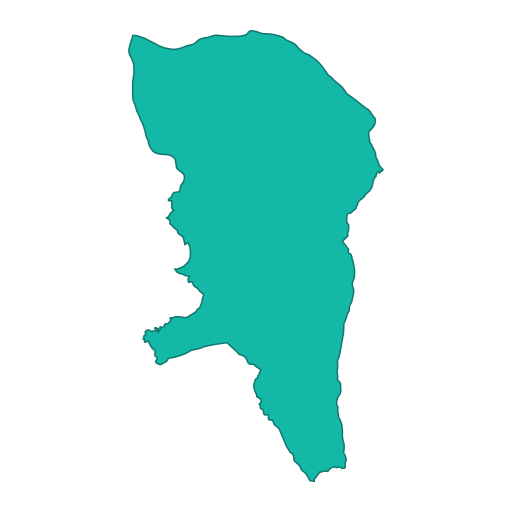 Gonzalez, Cesar, Colombia (orthographic projection)
{"feature_id": "7082276B53963329065475", "entity_name": "Gonzalez", "entity_type": "district", "adm_level": 2, "iso_a3": "COL", "parent_name": "Colombia", "parent_adm1": "Cesar", "projection": "orthographic", "projection_center": [-73.381, 8.394], "detail": "fine", "context": "isolated", "style": "filled", "palette": "teal", "viewbox_px": 512, "rotation_deg": 0, "n_neighbors": 0, "source": "geoboundaries", "source_scale": "gbopen_adm2", "svg_char_len": 6058}
<svg xmlns="http://www.w3.org/2000/svg" viewBox="0 0 512 512"><path d="M352.9,260.7L352.1,259.2L351.9,256.8L350.7,254.1L349.0,253.4L348.3,252.1L348.5,249.4L342.4,241.1L346.3,237.7L347.8,235.7L347.6,233.7L348.7,229.0L348.7,225.6L348.6,225.0L347.0,222.4L346.6,220.5L346.6,218.9L347.2,214.5L347.5,214.0L348.2,213.5L348.9,213.2L350.4,213.1L351.7,212.3L352.7,211.1L355.3,209.2L356.0,208.3L356.2,206.6L357.1,205.5L357.6,204.2L357.6,202.7L360.2,199.9L363.8,197.1L365.9,194.0L369.8,190.7L372.0,187.0L373.3,180.9L374.7,177.5L376.0,176.2L375.7,175.7L376.3,175.1L376.8,172.7L379.2,171.2L379.6,171.9L379.5,172.9L383.1,169.7L380.3,166.8L378.9,164.8L377.8,161.1L375.7,156.3L375.6,153.8L374.7,150.9L372.7,147.3L371.4,144.3L369.9,142.5L368.7,134.7L368.9,131.7L373.1,127.2L374.9,124.0L375.4,119.7L374.9,118.2L373.1,116.1L370.3,111.9L368.2,109.6L364.8,107.4L353.1,98.1L346.6,93.6L344.2,89.9L341.8,86.8L335.4,81.5L331.1,77.1L328.3,75.1L322.1,66.4L318.4,62.1L315.8,59.8L309.1,54.9L304.4,53.1L298.8,48.5L295.5,44.6L292.5,42.7L286.2,40.0L282.9,37.2L279.6,36.1L274.8,34.8L270.0,34.0L264.9,33.8L261.5,33.4L256.7,31.7L253.3,30.9L251.5,30.7L250.4,30.9L249.0,31.7L246.7,34.3L244.4,35.3L241.2,36.0L238.0,36.3L229.6,36.4L215.8,35.2L212.9,35.8L207.5,37.5L204.0,37.9L199.3,39.5L193.4,44.3L186.8,45.8L182.2,47.7L179.6,48.4L176.4,49.2L172.8,49.4L164.7,48.0L158.6,45.7L156.3,44.3L144.8,38.4L138.1,36.1L135.5,35.5L132.8,35.4L129.6,46.4L129.0,49.0L128.9,51.8L129.6,54.7L132.4,60.0L133.9,64.7L133.9,69.2L134.2,72.2L133.2,78.1L132.7,82.4L132.7,94.8L133.0,99.8L135.2,105.6L136.9,111.2L139.2,116.0L140.7,120.0L142.3,122.8L143.9,127.4L145.1,131.3L146.5,137.4L148.4,141.0L148.6,143.5L149.5,146.1L152.1,150.3L154.1,152.1L155.7,153.0L160.5,154.2L167.6,154.7L170.5,155.3L174.4,158.0L175.4,160.4L176.6,167.6L177.2,168.9L180.6,171.6L181.7,172.3L183.7,174.4L184.2,175.4L184.4,177.4L184.2,179.6L183.4,182.1L182.3,183.2L180.4,186.5L180.2,188.6L179.6,191.3L178.2,192.0L174.3,192.4L173.0,193.4L171.2,197.4L169.3,198.5L168.5,199.4L168.4,199.9L168.5,200.5L169.1,200.7L171.6,200.7L171.9,201.1L171.7,206.7L171.8,207.8L172.8,210.0L173.7,210.7L170.6,212.9L169.4,215.2L168.1,216.9L166.5,217.9L167.3,218.6L168.7,219.0L169.1,219.4L169.9,221.0L170.0,223.3L170.4,224.4L172.2,225.4L173.4,227.3L175.0,228.4L176.0,229.5L177.0,229.8L177.3,230.2L177.7,232.5L178.3,233.5L180.2,235.0L180.8,235.2L181.3,235.1L181.8,236.0L183.5,237.9L183.7,239.6L185.0,244.6L187.8,242.6L188.8,244.2L189.8,246.7L190.5,251.6L190.2,257.1L188.9,261.2L183.8,266.3L177.8,269.0L174.9,269.1L176.7,271.8L179.1,273.3L182.6,274.1L184.7,275.3L189.4,276.5L188.9,277.8L188.1,278.6L188.2,281.4L189.0,282.4L190.7,281.6L192.3,282.4L192.9,283.5L193.4,284.9L194.4,286.4L197.1,288.0L198.2,289.1L200.1,291.6L202.7,293.6L203.4,294.5L203.6,295.3L202.6,298.1L202.3,300.1L201.3,303.7L200.2,306.6L199.5,307.8L197.2,309.6L196.2,311.3L195.3,312.2L188.5,316.5L186.8,317.4L184.8,317.7L179.4,316.7L176.7,317.0L175.8,316.6L172.5,317.9L170.6,317.7L170.0,318.2L171.2,319.7L168.2,323.6L165.0,324.0L164.3,325.2L164.3,326.6L162.5,327.6L160.4,326.8L159.9,327.2L159.8,327.9L160.4,329.0L159.0,331.1L158.6,332.1L158.2,332.4L157.9,331.2L158.3,328.8L157.0,328.2L155.3,327.7L154.6,328.1L154.9,328.7L156.5,329.8L155.1,331.1L153.8,330.9L151.2,331.6L150.0,330.4L148.7,330.0L147.1,330.1L145.3,331.5L145.3,333.0L145.7,333.8L145.7,334.4L143.8,336.1L144.0,337.9L143.1,338.9L144.3,339.4L144.7,339.8L144.4,341.7L144.6,342.1L145.4,342.1L146.3,342.0L147.7,340.7L148.5,340.9L149.0,342.8L151.0,346.6L152.5,348.6L154.9,350.5L155.2,352.5L154.8,354.3L154.9,355.6L155.2,356.0L156.8,357.3L157.2,358.4L157.1,359.2L155.9,360.7L155.7,361.9L156.6,363.2L158.2,364.0L159.4,364.2L159.9,364.6L161.5,364.3L163.7,362.7L164.9,362.4L166.8,361.0L167.7,359.9L168.4,358.3L175.1,357.1L181.4,355.2L187.2,352.7L191.4,350.3L200.2,348.3L204.0,346.7L208.3,345.7L214.2,344.5L226.4,342.8L227.5,343.1L237.3,352.2L239.0,354.3L242.1,355.3L244.0,356.2L245.2,357.3L246.2,358.6L247.1,360.4L247.7,362.1L248.4,363.2L249.6,364.1L253.2,364.4L254.8,365.0L255.5,366.1L261.0,369.9L260.1,371.3L258.8,374.6L257.9,375.9L257.6,377.4L256.9,378.2L255.6,379.2L255.3,379.8L254.8,381.8L254.1,383.4L253.9,385.1L254.0,387.8L254.6,390.5L255.3,391.5L255.7,393.0L256.5,394.3L256.8,396.7L257.2,397.1L258.0,397.2L258.6,397.5L259.4,398.4L260.2,399.0L261.0,400.1L261.2,401.2L260.9,402.4L260.4,403.1L259.7,403.5L259.3,404.0L259.5,404.8L260.2,405.4L260.3,407.4L260.6,408.6L262.2,409.2L263.0,410.0L263.6,411.9L263.8,413.9L264.2,414.6L265.2,415.0L267.2,414.7L268.2,415.1L268.5,416.3L268.3,418.1L268.8,419.6L269.5,420.0L271.5,419.9L272.4,420.4L272.9,421.0L274.5,425.0L276.6,426.3L277.7,427.6L279.0,428.5L286.4,446.0L290.4,452.7L291.6,452.8L292.0,453.0L292.9,454.6L293.5,455.9L294.1,460.2L294.7,461.3L300.0,466.0L301.0,469.2L302.8,471.1L303.7,471.6L306.4,474.2L309.8,480.5L310.7,480.9L311.7,480.8L314.2,481.3L314.5,478.7L315.1,477.9L316.0,477.5L317.1,475.4L318.7,473.8L319.3,472.2L319.7,472.0L321.4,472.1L323.6,470.9L327.5,471.4L327.9,471.2L330.4,468.4L332.4,467.3L333.8,467.1L334.7,466.9L335.6,467.1L336.7,467.7L339.4,466.9L340.8,467.4L341.7,468.4L342.3,468.5L343.5,468.0L344.5,468.3L345.2,467.3L345.2,465.8L344.9,463.8L345.3,462.8L345.2,461.7L346.1,460.8L346.1,458.8L345.5,456.5L343.6,452.5L344.1,448.3L344.1,445.4L344.0,443.8L342.9,440.0L342.5,437.1L342.3,434.7L342.5,432.5L342.2,428.3L341.6,423.9L340.7,421.7L340.1,419.8L339.6,418.9L339.0,418.2L338.6,417.1L338.2,413.4L337.7,411.6L337.9,407.1L337.7,406.4L337.2,405.8L336.6,404.5L336.6,402.9L337.1,399.6L337.8,397.4L340.4,393.3L340.9,390.2L340.5,386.8L340.6,384.5L340.4,383.2L339.4,382.1L338.3,380.4L337.1,379.7L337.1,379.2L337.7,377.6L337.7,376.9L337.4,373.2L337.0,372.3L337.1,370.3L337.7,368.1L337.5,361.2L337.7,359.7L339.0,357.0L339.9,352.9L341.3,345.7L341.9,341.5L342.4,339.7L342.8,336.4L343.5,333.6L343.4,331.9L343.7,330.1L343.8,323.9L344.3,322.6L346.3,318.0L347.0,315.0L348.2,312.4L349.3,310.6L349.2,307.8L349.4,306.3L351.7,301.8L353.5,293.5L353.8,290.3L353.4,288.6L352.6,286.7L352.3,285.2L352.3,283.3L354.5,276.6L354.6,271.4L354.4,269.2L352.9,260.7Z" fill="#14b8a6" stroke="#0f766e" stroke-width="1.5"/></svg>